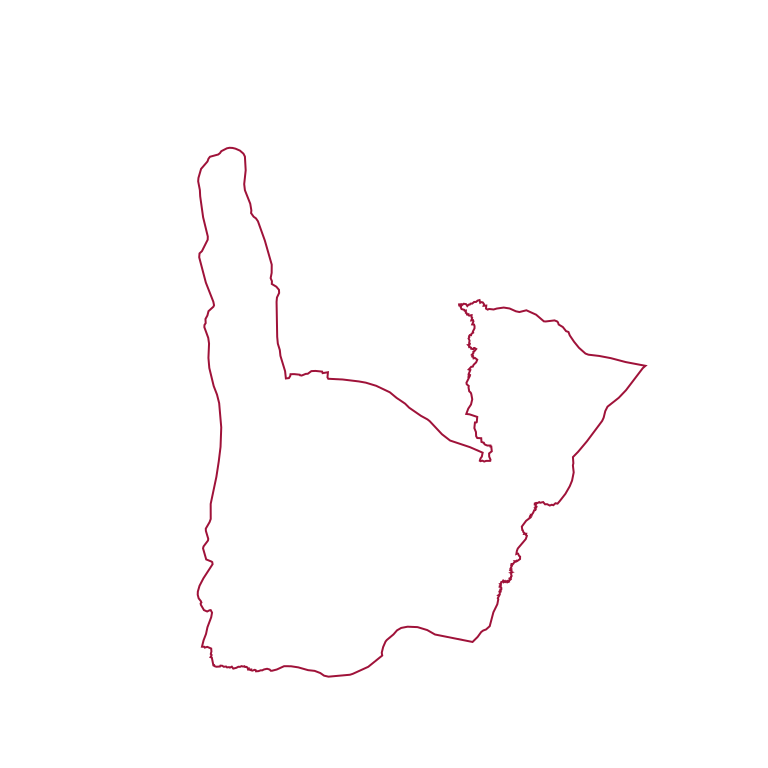 Khemarat, Ubon Ratchathani, Thailand (Equal Earth projection), rotated 252°
{"feature_id": "78962969B49998456253138", "entity_name": "Khemarat", "entity_type": "district", "adm_level": 2, "iso_a3": "THA", "parent_name": "Thailand", "parent_adm1": "Ubon Ratchathani", "projection": "equal_earth", "projection_center": [105.125, 15.95], "detail": "fine", "context": "isolated", "style": "outline", "palette": "rose", "viewbox_px": 768, "rotation_deg": 252, "n_neighbors": 0, "source": "geoboundaries", "source_scale": "gbopen_adm2", "svg_char_len": 6154}
<svg xmlns="http://www.w3.org/2000/svg" viewBox="0 0 768 768"><g transform="rotate(252 384 384)"><path d="M126.3,298.4L129.1,298.8L134.1,301.9L138.6,305.9L139.7,307.6L142.9,315.6L145.7,320.3L146.7,325.0L145.9,331.4L142.4,340.8L136.6,349.1L130.0,355.1L111.3,388.5L114.6,395.0L118.1,399.8L118.9,402.2L119.0,405.2L121.0,409.7L133.1,417.5L139.5,423.7L144.0,426.2L145.1,426.0L147.1,428.1L147.7,427.4L148.3,429.2L150.1,429.6L150.4,430.8L151.0,431.0L151.4,430.3L151.8,431.0L152.6,431.1L152.5,432.1L153.8,432.6L154.9,432.4L155.4,431.3L156.0,431.6L155.9,432.4L156.7,433.1L157.9,432.6L157.9,433.4L159.4,434.3L159.3,435.5L160.3,436.7L159.4,437.5L158.5,437.0L158.6,438.0L158.1,438.5L158.8,439.1L158.2,439.5L158.4,440.4L157.3,440.3L157.4,441.8L158.1,441.8L159.1,444.2L159.7,444.0L159.2,443.0L160.3,443.2L160.5,445.0L161.7,445.3L162.0,446.1L163.9,446.1L164.9,446.8L165.3,446.3L165.4,447.5L165.7,447.1L166.8,447.6L167.7,446.6L168.5,447.9L169.2,447.1L171.6,449.5L172.1,448.9L173.4,449.6L173.0,451.3L174.3,452.9L174.3,454.1L175.0,453.8L174.7,454.7L175.0,455.6L174.5,456.1L175.5,459.3L177.8,460.1L179.0,459.3L181.2,459.1L181.6,458.5L181.5,457.4L184.2,458.8L186.2,460.4L192.7,470.9L195.5,473.0L196.7,472.3L197.6,472.9L198.1,471.0L198.7,471.6L199.9,470.8L202.0,470.8L202.3,470.4L205.8,471.0L210.0,476.9L211.9,482.4L212.7,482.5L212.9,481.9L213.4,482.3L213.3,483.6L214.1,483.5L213.9,484.0L215.5,486.1L217.5,487.8L217.3,488.9L218.0,489.6L219.4,489.2L219.5,490.6L220.2,491.1L220.7,490.3L222.2,491.1L222.8,490.1L223.8,490.5L223.9,492.0L223.3,493.0L223.7,495.1L222.8,495.8L222.5,498.9L219.8,500.0L219.3,502.0L217.2,504.1L217.3,506.3L216.4,507.6L217.6,510.2L216.6,512.1L218.5,515.2L223.5,522.6L229.4,529.1L234.0,533.0L241.3,537.1L248.2,538.5L250.1,539.6L256.1,541.1L259.5,547.6L266.8,559.3L281.5,580.1L284.1,582.5L289.9,586.1L293.4,589.6L298.3,602.9L303.3,612.2L319.1,635.0L320.5,638.3L330.2,620.6L338.5,607.7L344.2,597.3L348.7,587.5L350.7,585.0L358.2,580.6L365.5,577.8L372.8,575.7L376.5,575.5L378.0,573.5L382.9,571.7L386.6,568.5L388.9,568.5L390.1,567.9L391.8,565.8L393.5,557.1L394.2,555.4L402.9,550.1L410.1,542.2L410.6,535.0L412.4,531.9L417.0,526.8L419.7,521.5L420.9,514.6L421.0,511.3L422.9,507.1L422.7,505.6L424.2,504.3L427.0,505.5L427.6,502.9L428.9,503.8L431.0,503.2L431.7,502.2L431.5,500.6L434.3,500.8L434.4,498.8L433.6,496.9L434.2,495.1L433.2,492.7L433.7,491.1L433.0,490.1L433.3,489.0L432.4,487.3L434.6,486.7L435.7,484.6L435.1,483.1L435.9,482.6L436.5,480.0L435.3,479.8L434.1,481.4L433.2,480.7L431.3,480.9L429.8,483.2L428.8,483.3L428.6,484.6L426.4,483.8L425.7,484.5L424.5,484.4L424.3,485.8L423.5,485.5L422.7,486.1L422.4,488.6L420.6,487.9L419.7,488.3L417.5,486.7L417.2,488.4L415.9,488.4L413.4,486.3L412.7,488.0L411.1,488.0L409.0,487.3L406.4,484.7L405.3,484.7L404.8,482.8L403.5,481.9L404.0,480.7L403.1,479.6L402.1,479.6L401.2,478.5L398.9,478.8L396.6,477.6L395.9,478.1L395.0,477.6L395.1,476.1L394.2,476.6L392.7,476.4L392.4,477.4L391.4,478.1L390.6,477.8L389.5,479.6L390.4,480.5L390.3,481.2L388.8,482.5L387.1,479.8L387.0,478.9L385.7,478.5L384.6,476.5L383.7,477.3L382.8,476.4L382.0,477.3L380.7,477.1L380.6,478.6L378.3,480.2L376.1,478.3L374.6,475.2L373.1,473.8L373.4,472.3L371.6,469.1L370.6,470.4L367.2,467.5L366.1,468.5L365.2,467.5L365.4,466.9L364.8,466.6L364.6,467.6L359.7,462.8L358.2,462.6L355.9,464.0L354.5,463.3L350.7,462.8L349.0,463.8L347.4,463.9L342.2,463.2L337.6,460.4L334.5,456.5L330.1,453.0L328.7,456.0L323.9,462.5L319.2,460.5L318.9,460.1L319.3,458.6L314.1,456.3L309.9,456.6L305.9,455.5L303.8,456.0L302.4,459.7L298.8,458.8L297.3,460.8L296.7,460.6L295.1,461.4L293.5,463.3L292.6,466.2L291.6,465.9L291.3,466.7L286.7,465.7L285.5,462.5L282.4,461.6L279.2,461.9L278.1,461.3L279.3,457.4L279.3,455.3L280.7,453.9L280.8,451.9L281.4,451.4L283.4,452.8L284.7,454.6L288.2,456.6L297.4,446.2L309.8,429.4L318.3,423.6L334.5,416.0L336.9,414.4L342.3,409.3L353.7,400.6L358.8,398.0L367.0,391.6L374.3,387.0L384.7,376.0L390.9,367.1L394.2,360.9L401.1,346.0L406.2,332.6L407.8,332.3L412.5,334.3L413.3,329.0L414.9,329.0L417.6,322.9L418.7,318.9L417.3,314.7L417.8,312.7L417.5,308.3L418.3,306.8L418.9,306.7L421.2,301.5L422.2,298.1L420.6,297.3L419.0,295.4L419.6,292.4L426.8,293.9L442.8,294.2L448.5,295.4L455.2,295.5L461.9,297.0L495.3,307.2L499.3,308.9L503.0,312.4L506.0,313.2L509.8,311.7L513.8,308.2L516.4,309.2L519.7,308.9L524.4,311.5L532.2,314.1L557.2,315.0L577.7,314.4L581.1,313.4L583.4,311.7L587.6,310.4L590.1,311.5L596.8,312.5L611.3,311.6L617.3,312.8L630.0,318.5L643.3,322.0L646.5,321.5L650.5,319.1L653.7,315.5L655.3,312.9L656.4,310.1L656.7,307.4L655.7,301.2L654.3,299.4L653.5,297.3L653.9,288.7L652.5,286.7L650.2,284.9L645.1,276.5L637.3,271.2L634.2,269.9L625.3,268.8L619.4,267.2L598.5,263.5L578.7,262.0L575.7,260.9L573.7,258.9L566.6,251.9L565.2,248.9L561.6,247.4L535.5,245.9L515.0,247.1L511.4,246.7L510.2,245.6L507.5,239.6L503.7,237.2L501.0,234.3L497.0,233.2L495.6,231.5L493.6,230.7L482.2,231.1L476.5,230.1L463.1,225.1L453.2,222.8L434.7,221.4L425.5,221.9L416.7,221.3L393.0,215.8L374.7,209.1L361.4,202.9L347.5,195.9L323.5,182.1L309.2,177.5L306.5,175.4L301.5,169.8L299.3,169.2L291.0,169.0L289.5,168.2L285.3,162.2L283.6,161.1L272.1,160.7L268.4,165.1L267.7,165.6L265.6,165.3L255.0,152.2L249.1,146.2L244.1,142.8L241.1,141.7L237.4,141.5L234.1,142.7L232.6,142.8L232.0,141.8L230.6,141.6L224.6,142.9L222.3,145.5L222.7,148.2L222.5,149.3L219.7,149.8L215.6,147.6L207.2,140.9L201.3,137.5L196.0,133.2L190.4,129.7L189.6,131.9L188.7,132.1L188.6,134.7L185.8,137.9L182.9,137.2L180.7,135.8L179.5,136.3L177.8,134.6L177.0,135.7L169.3,134.8L169.1,135.6L168.1,135.5L166.9,137.2L166.0,140.7L166.7,141.4L166.0,143.1L164.6,144.2L164.1,146.5L163.0,147.1L162.6,149.2L161.9,149.8L162.2,151.9L159.9,152.7L159.7,155.8L160.1,158.1L159.5,159.6L159.7,161.3L158.8,162.7L158.7,164.1L157.8,164.4L157.4,165.9L156.4,166.5L154.7,166.5L155.0,167.5L154.1,167.4L153.6,169.2L153.1,168.8L152.1,170.2L152.1,172.8L151.4,173.6L150.3,173.5L149.7,175.9L149.8,178.3L149.3,179.6L149.6,181.6L149.3,184.8L147.8,187.0L146.3,187.7L145.9,188.9L145.6,193.8L146.5,201.8L144.3,208.3L141.0,214.9L135.3,223.4L132.6,229.4L128.8,234.1L125.1,236.9L122.8,240.8L118.0,261.8L118.0,264.8L119.9,281.6L126.3,298.4Z" fill="none" stroke="#9f1239" stroke-width="2"/></g></svg>